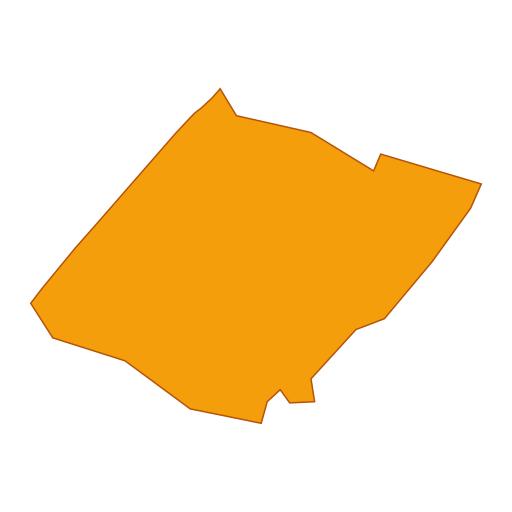 Fashoda, Upper Nile, South Sudan
{"feature_id": "79223893B4456195620437", "entity_name": "Fashoda", "entity_type": "district", "adm_level": 2, "iso_a3": "SSD", "parent_name": "South Sudan", "parent_adm1": "Upper Nile", "projection": "albers", "projection_center": [31.842, 9.988], "detail": "fine", "context": "isolated", "style": "filled", "palette": "amber", "viewbox_px": 512, "rotation_deg": 0, "n_neighbors": 0, "source": "geoboundaries", "source_scale": "gbopen_adm2", "svg_char_len": 484}
<svg xmlns="http://www.w3.org/2000/svg" viewBox="0 0 512 512"><path d="M261.2,423.3L267.2,401.7L280.2,389.7L289.7,402.9L314.6,401.7L311.0,378.8L356.0,329.5L384.4,318.7L432.1,261.7L470.7,208.1L481.3,184.0L380.7,154.1L373.6,170.9L310.9,132.5L236.4,115.7L220.1,88.7L219.4,89.7L212.3,97.7L201.9,107.5L194.9,112.9L190.1,117.8L174.9,134.1L95.1,225.6L75.6,247.6L42.0,288.5L30.7,303.3L52.8,337.9L125.0,360.8L190.2,408.9L261.2,423.3Z" fill="#f59e0b" stroke="#b45309" stroke-width="1.5"/></svg>